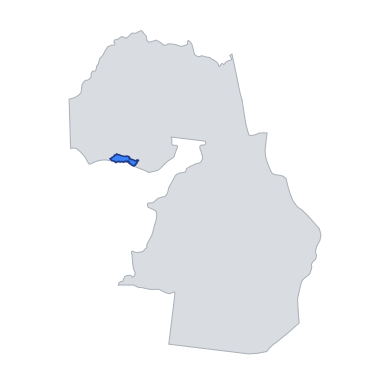 Mwense, Luapula, Zambia (highlighted), rotated 277°
{"feature_id": "96606910B65361757033996", "entity_name": "Mwense", "entity_type": "district", "adm_level": 2, "iso_a3": "ZMB", "parent_name": "Zambia", "parent_adm1": "Luapula", "projection": "mercator", "projection_center": [28.717, -10.52], "detail": "fine", "context": "in_parent", "style": "filled", "palette": "blue", "viewbox_px": 384, "rotation_deg": 277, "n_neighbors": 0, "source": "geoboundaries", "source_scale": "gbopen_adm2", "svg_char_len": 7142}
<svg xmlns="http://www.w3.org/2000/svg" viewBox="0 0 384 384"><g transform="rotate(277 192 192)"><path d="M259.8,259.3L242.3,259.4L235.9,260.8L230.7,263.0L224.4,266.4L220.8,268.8L219.8,270.1L219.3,273.0L219.3,277.5L218.7,280.7L216.8,283.7L207.3,287.3L201.0,290.2L195.0,293.7L190.3,298.2L187.2,303.8L181.9,310.7L170.9,323.0L164.6,325.3L159.3,324.8L152.8,322.2L147.7,321.8L143.9,323.4L140.5,322.9L137.3,320.3L134.6,319.3L132.4,320.0L129.6,319.9L124.5,318.5L120.1,314.1L117.8,312.3L115.9,311.6L110.7,310.9L98.6,309.8L86.1,312.0L75.1,314.3L63.9,304.5L53.1,294.1L50.8,291.5L46.7,288.0L43.8,286.3L42.7,285.5L39.8,276.3L38.2,267.9L38.1,187.5L87.2,187.5L90.4,187.2L90.5,186.3L88.3,182.1L88.4,180.5L89.0,177.7L91.1,171.9L91.3,170.0L90.3,163.7L90.4,160.2L91.0,153.1L90.6,150.7L91.8,147.5L92.2,145.4L92.6,144.5L92.1,142.1L91.1,133.7L90.5,130.2L93.4,130.7L94.4,132.4L95.0,134.3L96.3,134.4L99.8,135.6L101.0,137.1L101.8,140.5L101.3,142.2L100.2,143.6L101.3,144.8L103.7,145.6L105.0,145.4L109.0,143.1L112.6,142.2L114.5,141.7L122.6,140.1L124.2,139.3L125.3,139.3L126.1,140.0L125.4,142.4L125.2,144.5L126.2,148.5L126.9,150.4L128.6,151.7L129.8,152.4L131.2,153.9L134.0,153.6L140.2,155.7L142.1,156.6L144.7,157.5L146.6,157.9L153.0,158.6L159.8,159.8L163.3,159.9L165.8,159.6L167.5,159.0L168.6,158.3L169.1,157.8L171.6,150.2L172.9,149.6L174.6,149.2L175.6,149.9L176.7,154.7L181.6,159.0L183.2,162.7L184.4,165.8L185.5,166.6L187.4,167.7L190.3,168.1L193.0,168.2L206.2,173.5L207.6,174.5L209.2,177.3L210.2,180.5L211.2,183.1L212.9,183.5L214.5,183.7L216.0,185.5L217.1,187.0L221.0,193.3L221.6,195.8L223.5,197.5L226.0,198.2L228.4,198.3L229.8,197.5L233.1,196.2L235.8,194.7L237.7,194.2L238.8,194.5L239.7,195.6L240.2,198.7L242.1,199.8L243.5,199.3L244.0,198.1L244.1,197.5L244.0,164.7L242.8,164.9L241.3,165.8L237.8,166.0L236.5,166.7L236.0,167.7L236.3,169.1L236.4,170.9L235.9,171.8L234.3,172.1L232.1,171.4L228.1,170.5L224.8,169.9L222.4,167.4L219.1,163.7L217.0,161.9L211.9,158.0L211.0,157.3L209.4,155.4L208.1,152.4L206.8,148.8L206.1,146.6L207.4,143.1L210.4,131.8L211.1,128.3L213.6,124.8L213.7,121.6L212.7,117.5L213.0,115.2L213.3,102.3L212.6,98.3L211.0,93.7L207.3,87.5L207.3,86.1L213.0,82.1L214.7,80.5L217.6,77.2L219.6,74.4L220.9,72.1L221.3,69.2L220.4,66.4L222.3,65.9L269.2,58.7L269.9,60.6L271.3,63.8L272.9,66.1L274.9,68.2L276.6,69.4L277.8,69.8L285.0,69.7L287.6,70.9L289.8,72.5L290.4,74.9L291.9,76.5L293.5,77.7L294.2,77.8L295.4,77.6L297.3,77.5L299.1,78.1L299.9,78.6L300.0,80.6L300.6,81.6L303.0,81.9L305.5,82.1L307.9,83.5L310.5,83.7L313.5,84.3L314.9,85.8L318.1,87.3L322.0,88.7L326.3,91.0L326.4,91.7L327.1,93.1L327.9,94.0L328.0,95.4L328.3,96.8L329.4,97.1L330.3,97.2L331.2,96.2L332.3,96.2L333.6,96.8L334.0,98.4L335.0,100.4L336.6,101.8L337.7,103.2L337.3,105.6L336.6,107.9L338.8,110.1L341.6,112.2L342.4,113.1L342.6,116.2L343.0,117.3L344.9,119.9L345.9,121.6L345.8,122.6L340.7,127.8L337.5,128.6L336.1,129.7L335.3,130.8L337.4,135.9L338.4,137.9L337.5,140.3L335.5,144.5L334.6,144.8L334.4,148.0L335.0,149.1L336.0,150.0L336.4,152.2L336.4,157.5L335.1,163.5L337.4,168.8L338.2,169.4L341.4,169.4L341.9,169.9L341.2,171.4L338.9,173.7L334.8,175.5L329.0,177.5L327.8,179.4L327.0,182.2L327.7,183.8L328.4,184.8L328.2,187.2L327.7,189.8L327.8,191.8L327.6,193.6L326.8,194.4L325.8,197.1L324.5,199.8L323.5,201.1L322.1,202.4L319.8,203.5L319.8,204.0L322.4,205.3L323.1,206.1L323.3,206.7L322.2,208.1L323.5,208.9L324.9,209.6L326.3,211.4L327.9,214.8L328.2,215.2L328.7,215.2L329.5,214.8L331.2,213.5L332.3,213.0L333.7,214.9L309.3,223.3L303.5,225.1L295.0,228.1L292.2,229.2L289.9,230.3L267.1,236.8L263.6,238.1L255.5,241.5L255.3,242.1L255.3,243.6L256.1,246.8L257.5,249.7L258.6,251.3L259.4,255.6L259.8,259.3Z" fill="#d9dde1" stroke="#a8b0b8" stroke-width="1"/><path d="M219.0,110.5L218.9,110.5L218.9,110.4L218.7,110.3L218.2,110.2L218.1,110.3L217.8,110.2L217.6,110.2L217.5,109.9L217.4,109.8L217.4,109.7L217.3,109.4L217.2,109.2L216.9,108.9L216.8,108.7L216.7,108.7L216.5,108.4L216.4,108.4L216.3,108.2L216.2,108.2L215.9,108.0L215.7,108.0L215.6,107.9L215.4,107.7L215.2,107.4L215.2,107.2L215.3,107.0L215.3,106.8L215.3,106.7L215.2,106.6L214.9,106.6L214.7,106.7L214.6,106.8L214.6,107.0L214.6,107.3L214.6,107.5L214.5,107.8L214.4,108.0L214.5,108.0L214.4,108.0L214.2,108.1L213.8,108.3L213.7,108.3L213.6,108.2L213.4,108.3L213.3,108.6L213.4,109.0L213.3,109.7L213.2,110.2L213.2,110.5L213.2,110.8L213.3,111.2L213.2,111.3L212.9,111.2L212.8,111.3L212.9,111.5L212.6,111.8L212.4,112.0L211.9,112.8L211.9,113.0L212.0,113.1L212.4,113.3L212.5,113.6L212.7,113.8L212.8,113.9L212.8,114.0L212.8,114.5L213.1,114.5L213.3,114.6L213.5,114.9L213.5,115.2L213.5,115.5L213.4,115.8L213.2,116.2L213.1,116.4L213.0,116.6L213.1,116.8L213.2,117.0L213.1,117.3L213.3,117.7L213.4,117.8L213.6,118.0L213.8,118.8L213.7,118.9L213.5,119.2L213.4,119.3L213.4,119.6L213.6,119.9L213.7,120.2L213.6,120.3L213.5,120.5L213.3,120.6L213.3,120.8L213.6,121.0L213.8,121.1L214.0,121.1L214.1,121.3L214.2,121.6L214.3,121.7L214.5,121.9L214.5,122.0L214.3,122.3L214.3,122.7L214.1,122.9L214.1,123.0L214.1,123.3L214.1,123.6L214.3,123.6L214.8,123.8L214.9,124.0L215.0,124.3L215.1,124.7L215.1,124.9L214.8,125.1L214.4,125.1L214.2,125.1L214.2,125.3L214.3,125.5L214.2,125.8L214.3,126.1L214.2,126.2L213.9,126.1L213.7,126.1L213.1,126.0L212.8,126.2L212.8,126.3L212.7,126.4L212.8,126.7L212.7,126.9L212.7,127.3L212.5,127.7L212.4,127.8L212.1,128.0L212.1,128.5L211.7,128.8L211.4,129.0L211.3,129.3L211.2,129.4L211.2,129.6L211.0,130.2L211.0,130.4L211.1,130.9L211.1,131.2L211.1,131.6L211.3,131.7L211.2,131.7L211.3,131.8L211.5,131.9L211.5,132.0L211.8,132.1L212.0,132.2L211.9,132.2L212.0,132.2L212.0,132.3L212.3,132.4L212.2,132.6L212.3,132.6L212.7,132.8L212.8,132.8L212.9,133.0L213.0,133.0L213.3,133.1L213.5,133.3L213.5,133.2L213.8,133.2L213.8,133.3L214.0,133.4L214.1,133.5L214.3,133.5L214.5,133.6L214.8,133.7L214.8,133.8L215.0,133.9L215.3,133.9L215.5,133.9L215.7,134.0L215.8,134.1L216.0,134.1L216.0,134.3L216.1,134.5L216.2,134.8L216.4,134.9L216.8,135.0L216.9,134.7L217.2,134.5L217.0,134.2L216.9,134.0L216.8,133.9L216.9,133.7L217.0,133.4L217.0,133.2L216.7,133.0L216.2,132.9L215.9,132.7L216.0,131.9L216.0,131.6L216.2,131.4L216.3,131.2L216.2,131.0L216.2,130.9L216.3,130.8L216.4,130.7L216.5,130.6L216.7,130.3L216.7,129.9L216.7,129.7L216.8,129.1L216.9,128.9L217.0,128.4L216.9,128.1L217.0,128.1L217.1,127.9L217.2,127.6L217.3,127.4L217.2,127.3L217.2,127.1L217.1,126.8L217.1,126.7L217.1,126.3L217.2,126.0L217.2,125.9L217.2,125.7L217.4,125.5L217.5,125.6L217.8,125.7L217.8,125.8L218.0,126.0L218.3,126.0L218.4,125.8L218.5,125.9L218.8,125.8L219.0,125.6L218.9,125.5L218.9,125.4L219.0,125.3L219.1,125.1L219.2,124.9L219.4,124.8L219.5,124.5L219.5,124.4L219.6,124.1L219.7,123.9L219.5,123.5L219.6,123.2L219.6,122.8L219.7,122.7L219.4,122.4L219.2,122.3L219.3,121.7L219.2,121.4L219.2,121.0L219.2,120.9L219.1,120.6L219.1,120.1L219.1,119.8L219.2,119.5L219.3,118.7L219.3,118.0L219.4,117.4L219.7,116.3L219.9,116.1L219.9,115.9L220.0,115.6L220.0,115.4L220.1,115.2L220.0,114.7L219.9,114.5L220.5,113.3L220.5,112.4L220.4,112.4L220.2,112.4L219.8,112.5L219.7,112.4L219.4,112.3L219.4,112.0L219.5,111.8L219.5,111.6L219.4,111.4L219.3,111.2L219.2,111.0L219.2,110.8L219.2,110.7L219.0,110.5Z" fill="#3b82f6" stroke="#1e3a8a" stroke-width="1.5"/></g></svg>